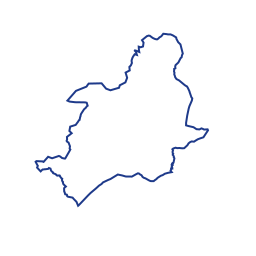 outline of Lere, Kaduna, Nigeria, rotated 50°
{"feature_id": "59680162B33448314455063", "entity_name": "Lere", "entity_type": "district", "adm_level": 2, "iso_a3": "NGA", "parent_name": "Nigeria", "parent_adm1": "Kaduna", "projection": "albers", "projection_center": [8.605, 10.36], "detail": "fine", "context": "isolated", "style": "outline", "palette": "blue", "viewbox_px": 256, "rotation_deg": 50, "n_neighbors": 0, "source": "geoboundaries", "source_scale": "gbopen_adm2", "svg_char_len": 4342}
<svg xmlns="http://www.w3.org/2000/svg" viewBox="0 0 256 256"><g transform="rotate(50 128 128)"><path d="M189.9,122.9L189.6,122.9L189.3,122.9L189.0,123.0L188.6,123.1L188.4,122.9L188.1,122.8L187.9,122.7L187.9,122.3L187.7,122.1L187.6,121.9L187.6,121.6L187.6,121.4L187.4,121.3L187.3,121.1L187.1,121.1L186.8,121.1L186.7,121.0L186.8,120.8L186.9,120.7L187.1,120.6L187.1,120.4L187.2,120.1L187.3,120.0L187.1,119.9L187.0,119.7L186.9,119.7L186.7,119.7L186.7,119.8L186.5,119.7L186.3,119.8L186.2,119.6L186.1,119.4L185.9,119.4L185.8,119.2L185.7,119.1L185.4,119.0L185.4,118.9L185.2,118.8L185.2,118.6L184.9,118.4L184.9,118.2L184.7,118.3L184.5,118.2L184.3,118.1L184.4,117.9L184.6,117.9L184.7,117.7L184.9,117.7L185.0,117.5L184.8,117.4L184.6,117.2L184.5,117.3L184.3,117.4L184.0,117.4L183.8,117.3L183.8,117.2L183.6,116.9L183.8,116.6L183.7,116.4L183.6,116.2L183.9,115.8L183.7,115.3L181.0,111.9L179.9,111.8L179.6,111.4L179.2,111.2L178.8,111.1L178.0,110.9L177.3,111.0L176.7,110.3L176.7,109.9L176.1,109.8L175.8,109.8L174.8,109.1L174.7,108.9L174.3,108.1L173.9,107.9L173.4,107.8L173.0,107.8L172.8,107.7L172.8,106.5L173.7,104.2L175.0,103.3L175.9,102.1L176.4,101.4L177.2,100.7L178.3,99.6L178.6,99.3L179.6,97.9L179.4,93.6L179.0,92.4L178.7,91.6L178.7,90.1L178.8,89.2L179.1,88.3L179.2,87.9L180.9,86.2L181.1,84.3L181.5,81.8L182.4,79.2L183.1,77.5L183.6,76.2L181.2,68.2L180.2,67.9L178.1,70.7L176.7,71.3L175.5,72.0L175.0,74.2L172.9,76.3L169.5,77.3L167.5,78.8L165.4,80.4L163.3,81.8L161.4,80.2L156.5,74.6L152.2,69.1L150.8,67.0L149.7,64.8L148.0,61.4L146.6,59.7L145.3,59.7L142.7,58.7L139.8,57.6L139.6,57.4L135.9,56.4L134.1,56.1L132.6,56.7L131.4,57.0L124.3,58.3L121.7,59.4L119.4,59.2L119.1,59.0L118.4,58.7L116.5,58.0L115.6,56.9L114.4,56.5L113.2,55.3L112.4,54.7L112.6,53.9L112.7,53.3L111.1,52.2L110.4,51.1L110.2,47.3L108.3,42.8L108.3,41.5L106.9,39.8L106.2,38.2L97.7,34.1L94.4,34.4L94.1,34.3L90.8,33.6L89.6,32.9L85.9,34.1L83.7,35.2L82.8,36.2L82.0,37.2L81.0,38.0L78.5,40.4L79.1,43.3L79.1,44.0L78.8,45.7L79.0,47.3L78.8,48.8L77.6,49.8L76.8,50.3L74.8,51.2L71.4,52.0L70.4,52.9L69.9,54.4L69.8,54.5L69.7,60.8L72.6,61.2L75.2,64.1L74.3,66.4L72.6,67.5L75.4,69.6L77.0,70.5L74.3,71.9L72.7,73.0L72.4,73.2L73.2,73.1L74.7,73.0L77.7,74.2L77.2,74.5L75.8,75.5L76.5,78.0L77.0,79.3L78.2,81.3L78.6,81.8L79.3,82.4L80.7,83.2L81.9,85.6L82.1,87.7L85.0,89.7L84.0,94.2L88.1,96.0L89.0,96.4L91.4,100.7L90.0,106.8L91.4,109.0L87.8,117.2L83.8,119.5L80.7,119.5L77.0,119.5L76.8,119.5L68.7,129.6L69.3,132.2L69.5,132.6L69.6,133.3L66.1,144.0L68.1,156.8L69.4,156.2L70.4,155.6L74.3,151.9L80.0,145.3L80.9,144.3L82.1,143.4L85.0,144.6L84.9,145.6L85.4,147.4L85.4,148.7L85.4,149.1L85.5,149.9L87.0,154.8L87.7,156.0L88.2,156.5L88.3,156.6L89.0,157.8L90.7,159.9L90.5,160.7L91.0,161.9L92.0,166.1L89.8,171.4L92.6,174.8L95.8,174.5L95.6,180.5L97.6,182.0L98.4,183.3L99.5,183.4L100.9,182.9L104.7,184.2L106.3,186.0L106.8,186.0L107.4,186.0L108.0,187.5L111.0,195.7L110.7,196.2L109.8,196.9L108.6,197.8L107.6,198.0L106.7,198.2L106.4,198.2L105.0,198.9L102.4,205.6L98.7,207.7L99.7,214.5L99.4,214.7L98.8,214.8L94.9,219.0L94.5,219.5L94.5,220.5L98.3,221.3L99.0,221.4L99.4,222.2L99.6,222.5L99.9,223.1L105.1,222.8L104.9,220.9L104.9,220.1L105.5,219.3L106.2,218.1L106.5,217.8L108.0,215.4L107.8,214.3L109.3,213.5L111.1,214.3L111.7,214.3L112.5,214.3L113.3,214.1L113.8,214.0L114.0,214.2L114.5,214.4L116.5,213.3L116.8,213.2L117.0,213.1L117.5,213.0L117.9,213.1L118.6,213.0L118.8,212.7L119.2,212.6L119.8,211.6L120.4,210.9L121.2,211.0L121.3,211.2L123.5,211.3L124.6,211.0L125.3,212.0L126.5,212.5L127.6,212.5L128.0,213.0L129.6,213.6L132.9,213.2L132.9,213.4L132.9,214.6L132.9,214.9L133.0,215.5L133.2,215.8L135.8,217.8L136.6,217.8L136.9,218.0L137.8,218.5L138.4,218.7L138.9,218.3L139.8,217.7L141.2,218.4L141.7,218.3L142.2,218.0L142.5,217.8L145.7,215.2L147.4,215.2L151.4,214.9L155.5,216.2L155.5,215.3L154.0,202.0L153.7,198.4L153.7,195.5L153.7,191.7L153.6,188.9L153.5,187.5L153.6,186.5L153.9,184.3L153.6,182.1L155.1,176.4L155.8,174.3L156.4,170.3L157.1,165.7L157.9,165.1L160.3,163.2L160.7,162.9L163.7,160.9L166.6,157.5L167.7,156.3L168.0,154.8L168.6,151.6L169.1,149.5L170.1,148.8L171.1,148.7L172.9,148.0L174.8,148.3L176.3,147.9L177.8,147.0L181.3,145.7L183.1,144.9L184.1,143.8L184.3,143.6L185.2,142.5L185.2,141.1L185.4,139.1L185.2,137.4L185.4,135.7L185.7,133.5L186.4,131.7L186.7,129.2L188.1,126.1L189.9,122.9Z" fill="none" stroke="#1e3a8a" stroke-width="2"/></g></svg>